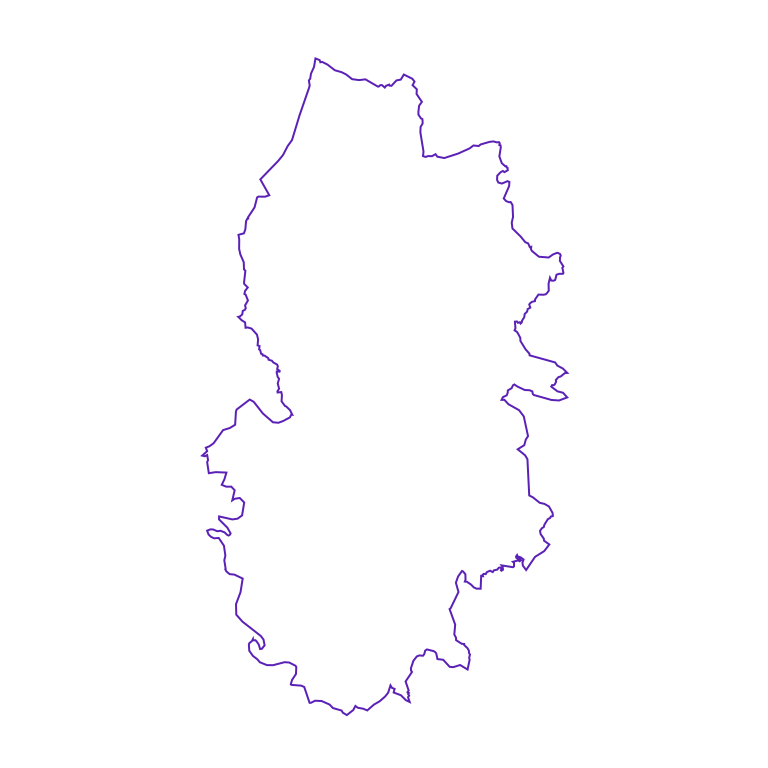 the district of Zontecomatlán de López y Fuentes, Veracruz, Mexico, rotated 87°
{"feature_id": "50627088B36789256479766", "entity_name": "Zontecomatlán de López y Fuentes", "entity_type": "district", "adm_level": 2, "iso_a3": "MEX", "parent_name": "Mexico", "parent_adm1": "Veracruz", "projection": "mercator", "projection_center": [-98.302, 20.736], "detail": "fine", "context": "isolated", "style": "outline", "palette": "violet", "viewbox_px": 768, "rotation_deg": 87, "n_neighbors": 0, "source": "geoboundaries", "source_scale": "gbopen_adm2", "svg_char_len": 6131}
<svg xmlns="http://www.w3.org/2000/svg" viewBox="0 0 768 768"><g transform="rotate(87 384 384)"><path d="M289.5,211.5L289.7,209.0L289.0,207.6L283.9,206.0L283.1,203.2L283.3,199.6L282.5,199.0L277.3,199.8L276.0,198.7L270.3,201.9L266.8,201.6L265.1,200.8L263.5,201.3L262.1,203.6L262.2,204.8L263.6,208.7L266.3,212.9L265.0,222.6L259.0,229.2L257.1,230.2L254.7,229.8L255.0,231.2L251.1,232.7L249.8,235.5L243.9,239.8L235.4,247.6L229.6,248.0L223.9,246.4L212.0,246.3L208.9,248.0L209.0,249.7L207.7,252.5L205.0,254.7L192.9,248.7L188.8,248.2L187.9,250.1L190.0,255.7L188.8,259.3L186.1,260.4L181.9,260.0L178.7,256.6L177.5,254.2L178.7,252.6L177.0,249.2L174.6,249.3L174.2,250.1L172.9,250.4L172.9,251.5L169.7,254.8L162.8,256.9L153.9,255.0L151.8,255.1L151.4,256.3L149.6,255.8L148.5,256.5L148.6,258.7L147.5,262.0L147.7,265.8L149.8,274.9L151.3,277.0L150.5,282.2L153.2,286.2L157.8,298.0L161.5,312.0L159.8,318.8L157.2,320.5L159.0,324.2L158.7,328.0L159.4,330.6L158.5,333.1L153.9,332.4L134.6,334.5L129.2,334.0L125.9,331.8L122.7,331.7L121.3,331.9L120.7,333.2L116.8,335.5L114.0,335.4L108.0,334.4L104.2,331.4L96.1,336.3L91.4,335.8L87.1,339.8L83.6,337.7L80.7,339.7L76.0,348.0L80.9,351.3L81.5,355.7L86.6,360.9L86.3,362.9L85.3,363.2L86.3,366.3L88.0,367.7L85.4,370.4L85.4,372.1L86.7,373.7L86.6,374.7L78.8,386.6L79.2,393.0L77.9,399.9L72.9,405.6L70.4,410.0L68.1,416.7L62.0,423.8L59.1,428.9L59.4,430.7L57.2,431.3L55.3,435.4L63.7,437.3L70.3,440.7L75.2,441.7L76.9,443.1L82.1,442.6L84.2,443.3L111.3,454.3L135.6,463.1L141.3,467.7L150.1,472.9L155.8,478.1L173.2,496.8L189.5,488.7L190.7,492.8L190.3,499.7L191.1,501.0L200.8,504.0L210.6,511.2L211.6,510.9L212.0,512.0L214.1,513.2L222.4,514.4L226.2,516.0L227.4,521.5L232.1,521.0L241.5,521.6L247.0,520.7L255.0,517.7L262.2,517.8L263.6,516.5L275.7,518.5L276.8,518.3L280.5,515.0L283.8,517.9L286.8,518.7L287.5,517.5L293.5,515.5L298.2,518.6L301.1,518.1L302.7,519.1L303.6,521.2L307.1,521.9L309.1,524.5L309.3,526.0L312.9,522.8L315.2,519.5L320.6,519.3L320.4,517.2L321.7,513.4L328.0,508.3L332.8,507.4L338.8,508.2L339.6,506.3L342.9,506.9L343.7,505.9L347.4,505.1L348.0,503.7L349.2,503.5L349.4,501.8L352.1,498.2L353.7,498.0L354.9,494.7L356.7,493.4L359.0,489.7L360.7,489.1L363.5,489.9L365.4,487.5L366.2,487.7L365.8,490.4L366.7,490.6L371.4,489.8L373.3,488.5L377.9,490.1L383.2,489.0L385.7,490.8L386.9,490.7L386.7,487.0L389.7,486.5L395.9,487.2L400.8,484.0L401.4,482.7L405.2,479.2L409.9,477.2L409.7,478.2L412.4,479.7L415.7,486.7L417.2,491.5L416.4,496.9L407.1,506.5L395.0,515.0L392.5,518.9L401.8,532.5L403.8,533.3L416.9,534.8L419.9,540.3L421.6,547.1L434.2,557.2L437.0,561.5L438.3,565.3L441.8,564.1L446.0,569.3L446.8,566.7L445.7,564.3L450.8,563.7L452.8,564.7L463.9,563.6L463.2,556.7L464.2,546.0L470.7,548.3L476.2,551.3L478.3,546.9L478.5,541.9L482.3,538.7L492.3,541.6L490.8,539.0L490.3,534.0L495.0,529.8L507.8,532.6L510.8,537.2L511.3,542.5L507.6,555.6L510.6,555.8L519.3,547.9L525.2,545.0L526.5,545.8L527.2,547.1L526.5,548.5L523.8,551.0L522.0,555.0L522.3,558.2L520.3,562.3L520.1,565.1L521.2,568.3L525.1,567.1L527.6,564.7L529.2,561.7L529.1,557.1L537.1,552.3L547.2,551.4L551.6,552.7L560.4,551.8L560.7,552.2L562.8,551.3L565.8,548.1L566.5,543.4L570.9,535.3L584.4,538.2L596.1,543.3L606.6,543.6L613.9,537.8L629.2,520.2L632.9,517.7L638.7,516.9L642.0,519.8L642.2,521.6L637.7,522.7L634.8,524.4L633.1,525.8L633.2,528.1L631.8,528.2L633.7,529.3L635.8,532.1L637.2,532.6L643.4,532.5L648.7,529.1L652.2,525.0L655.4,522.5L658.6,515.6L659.0,509.5L656.6,497.8L657.2,493.2L660.7,487.2L662.0,486.4L669.0,487.1L674.7,491.3L679.0,492.8L679.6,492.3L680.9,482.4L682.4,479.5L698.5,475.0L698.5,473.5L696.7,469.5L697.3,463.0L701.2,455.2L704.9,452.0L707.9,443.4L710.1,442.3L712.7,438.4L707.9,431.7L704.0,429.4L705.9,427.2L707.2,421.7L709.1,417.8L703.6,410.8L700.6,404.9L696.2,399.3L692.5,396.0L685.3,393.3L687.9,391.9L689.0,389.4L692.6,390.5L695.7,383.4L700.9,378.7L702.9,375.0L698.0,376.4L696.5,375.2L694.8,376.2L693.9,375.3L692.9,376.6L691.4,375.4L682.2,378.0L673.0,371.1L671.6,372.0L669.3,372.0L661.9,369.1L657.8,365.5L656.9,363.0L657.4,359.3L656.0,358.0L652.4,356.8L651.3,355.0L653.4,348.3L654.5,346.8L655.9,345.9L661.5,345.0L662.5,339.3L669.9,333.2L670.4,329.7L668.6,322.7L673.5,315.5L663.8,312.9L661.9,313.3L658.7,312.3L657.3,313.1L654.7,313.2L652.1,314.5L649.0,317.5L647.8,317.5L647.5,320.0L643.6,325.4L641.1,325.4L637.8,326.9L628.0,325.5L612.2,330.3L611.3,329.1L595.6,320.5L586.2,322.6L580.1,320.1L574.8,315.9L575.4,314.8L578.2,312.7L583.6,312.8L585.5,313.6L585.8,311.6L588.9,307.5L591.8,305.0L593.2,302.3L593.5,298.2L580.7,297.0L581.1,295.2L579.7,295.5L578.8,294.3L579.2,292.4L577.3,291.2L576.0,287.8L577.5,285.3L575.8,283.9L575.3,280.6L573.5,279.0L573.3,277.3L574.9,276.2L576.1,277.0L576.6,276.5L575.7,274.9L572.7,275.1L571.3,276.0L573.7,264.8L573.0,263.7L571.1,263.6L569.4,263.5L568.3,264.6L567.2,259.3L568.1,257.8L567.2,256.4L565.3,258.3L565.3,260.0L564.4,261.0L563.1,261.1L561.8,260.1L563.1,259.7L564.3,256.5L566.6,253.8L569.7,255.1L572.7,254.8L577.2,251.8L564.5,242.2L559.3,232.8L552.9,227.3L548.9,232.3L546.6,232.6L542.2,235.4L538.8,235.9L536.3,233.9L535.2,231.9L532.9,231.2L527.5,227.4L526.6,225.3L525.1,224.3L524.7,222.3L521.6,222.4L514.9,225.7L512.1,230.1L510.8,234.7L505.0,241.2L502.9,244.8L466.6,244.7L462.6,246.8L456.2,253.9L452.4,247.1L446.9,245.3L443.6,242.9L423.7,246.1L417.2,250.5L410.7,260.8L406.1,264.6L406.0,267.4L403.3,265.9L401.8,262.1L399.2,260.9L396.9,260.7L394.9,256.8L392.0,255.2L391.3,253.8L393.4,251.1L397.4,243.7L397.8,239.1L399.1,236.3L401.8,235.9L402.8,235.0L408.7,217.6L409.6,210.1L407.0,201.7L402.1,205.7L400.4,211.2L395.4,217.1L393.9,216.2L394.0,214.4L393.2,213.4L390.7,212.0L389.0,212.2L386.3,209.5L385.7,207.1L382.6,202.9L382.5,200.4L377.9,204.6L374.7,209.9L371.4,212.0L363.0,237.1L361.3,237.2L356.8,240.8L348.2,245.5L345.0,245.5L340.9,247.4L339.0,248.4L337.2,250.8L335.3,249.8L328.6,250.0L328.5,248.0L329.9,247.0L329.4,245.1L330.8,244.5L329.7,243.2L328.0,242.8L324.7,240.5L321.4,239.8L319.2,237.3L316.7,236.6L315.4,233.9L312.2,234.8L311.1,234.0L309.7,231.9L309.1,228.9L307.4,228.7L302.8,225.1L303.2,220.1L302.9,217.8L301.9,216.6L299.5,214.6L292.4,214.4L286.6,212.7L289.5,211.5Z" fill="none" stroke="#5b21b6" stroke-width="2"/></g></svg>